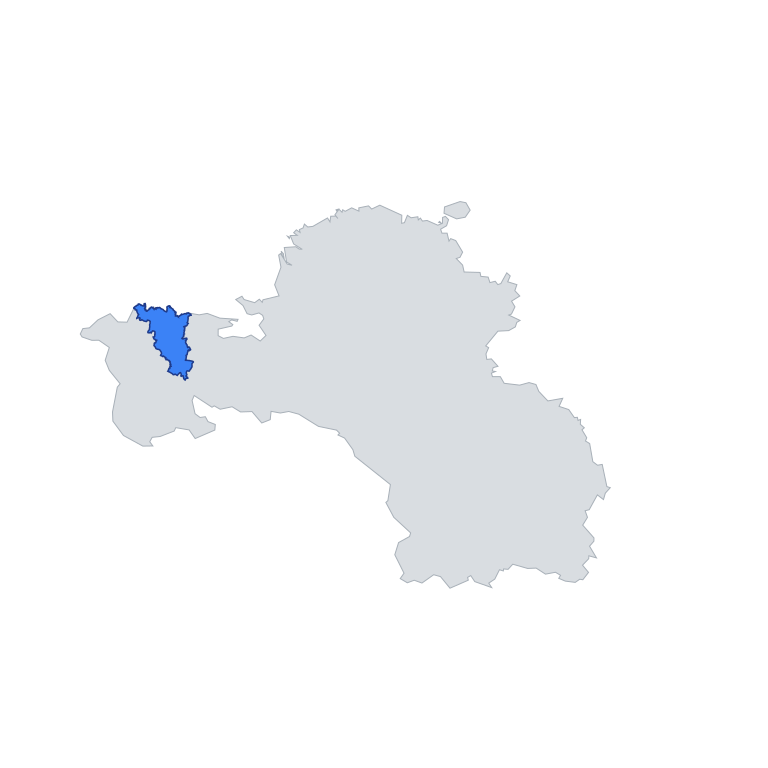 China, with Jilin highlighted, rotated 216°
{"feature_id": "CHN-1828", "entity_name": "Jilin", "entity_type": "Province", "adm_level": 1, "iso_a3": "CHN", "parent_name": "China", "parent_adm1": "", "projection": "robinson", "projection_center": [126.245, 43.576], "detail": "fine", "context": "in_parent", "style": "filled", "palette": "blue", "viewbox_px": 768, "rotation_deg": 216, "n_neighbors": 0, "source": "natural_earth", "source_scale": "10m", "svg_char_len": 9730}
<svg xmlns="http://www.w3.org/2000/svg" viewBox="0 0 768 768"><g transform="rotate(216 384 384)"><path d="M410.3,542.2L397.9,536.9L397.0,531.1L399.3,528.0L390.3,526.4L385.0,521.7L371.9,530.7L368.9,528.0L362.6,531.7L357.9,528.3L354.4,532.5L350.4,531.3L348.5,533.9L350.0,546.1L345.4,545.6L344.0,539.4L334.9,542.5L333.0,536.4L325.9,535.0L329.5,526.0L323.4,523.4L322.0,515.5L323.6,513.1L311.3,515.4L312.8,511.9L311.3,507.4L314.5,500.5L322.9,493.7L324.1,474.6L320.7,474.9L319.2,468.3L315.3,464.3L311.9,467.4L302.2,465.3L305.3,461.4L304.1,458.2L301.2,459.6L303.5,455.9L300.6,453.7L294.2,458.3L287.2,455.2L273.6,462.8L267.5,470.4L260.8,472.9L254.4,469.0L241.5,466.6L231.0,477.5L229.2,468.8L219.5,471.9L210.2,468.7L208.0,470.7L205.6,468.6L204.1,470.9L201.5,466.8L196.2,466.3L196.9,463.3L188.4,459.7L187.5,456.3L182.6,456.7L169.4,443.9L163.5,443.8L160.2,447.2L143.4,432.0L140.0,433.1L140.8,425.8L138.5,419.5L146.2,419.7L144.1,402.9L146.8,399.7L141.0,395.7L140.3,386.6L123.7,382.9L121.8,380.2L122.4,373.6L109.9,368.2L117.3,365.4L115.7,363.0L116.9,354.1L107.8,351.8L108.1,342.5L110.9,341.1L112.7,335.9L121.5,331.1L128.4,329.5L128.7,333.0L134.6,332.5L141.6,325.1L152.7,324.5L159.4,319.2L173.9,313.9L174.7,307.0L178.5,304.7L177.6,302.9L181.4,301.6L179.7,291.3L182.2,284.5L177.2,282.6L194.4,277.5L201.2,280.0L202.7,276.7L200.5,274.8L210.6,257.6L225.1,261.4L231.7,258.9L236.3,245.3L244.2,243.0L248.3,236.9L256.5,236.1L256.6,242.7L274.9,252.2L279.0,264.3L273.7,275.6L274.9,279.2L297.7,281.9L312.9,289.3L312.3,291.9L319.7,306.4L365.1,308.4L370.6,312.6L384.1,317.1L391.3,315.7L391.0,318.1L395.3,318.8L412.1,311.2L435.2,309.5L444.9,305.8L450.8,299.6L459.3,295.5L455.1,288.3L460.0,280.6L474.6,284.1L483.6,277.1L493.5,276.3L501.7,267.3L508.5,266.5L509.5,264.1L530.8,263.1L529.6,257.9L519.4,248.9L513.1,248.8L509.3,252.5L504.3,250.1L496.7,252.1L493.8,247.3L504.7,228.9L514.7,232.3L526.8,226.3L526.1,222.6L534.3,209.9L540.2,204.6L539.6,199.6L534.6,198.0L542.6,192.0L564.5,189.2L581.5,194.6L587.2,201.8L597.9,224.7L597.6,229.1L614.3,233.6L623.5,239.3L627.7,252.1L640.4,251.8L646.1,247.6L655.9,244.6L659.1,245.9L660.2,251.8L655.3,256.3L653.1,267.8L646.9,279.9L635.8,277.8L628.2,283.0L631.0,299.2L629.5,304.4L623.8,306.3L624.7,308.5L619.0,303.4L617.3,309.4L610.4,313.9L602.6,314.5L604.8,318.7L603.6,321.1L590.7,317.5L584.1,326.4L574.2,331.3L568.5,337.2L555.5,340.8L540.1,350.5L539.6,348.4L544.9,346.3L546.2,343.2L541.2,343.2L541.2,341.4L550.4,330.9L546.6,325.6L540.7,326.5L534.2,333.8L524.2,339.1L520.3,345.5L509.4,346.0L508.0,353.9L519.6,358.1L519.5,366.0L522.5,368.2L526.9,368.0L531.6,362.1L536.1,360.4L544.2,364.6L553.6,365.2L550.5,371.5L546.8,370.1L536.4,373.8L534.7,379.3L530.5,378.5L531.4,381.0L520.7,393.6L530.8,400.0L536.0,417.9L545.0,426.4L544.4,428.7L532.8,424.1L528.2,426.0L534.6,425.5L544.9,435.8L536.0,443.2L531.8,443.3L529.3,444.9L539.4,444.2L547.1,449.0L541.6,453.3L546.0,453.3L545.5,457.2L541.0,457.3L543.2,459.2L541.2,462.7L542.4,466.6L538.0,466.2L534.2,469.7L527.3,485.1L523.0,483.4L525.7,488.4L521.7,491.5L518.6,490.8L523.2,492.1L523.1,498.9L518.9,498.3L519.8,500.7L516.9,500.9L513.7,507.5L505.9,509.1L507.9,511.7L501.2,519.0L496.8,518.3L492.5,526.2L468.8,531.0L464.2,524.4L462.3,526.5L464.2,534.2L459.8,534.4L454.9,539.2L452.7,536.9L452.1,539.6L448.7,538.4L445.3,541.6L433.8,544.1L431.2,548.4L434.5,553.2L432.8,555.7L428.4,554.9L426.4,548.8L429.2,542.5L425.8,540.1L421.6,543.1L415.4,537.8L415.5,540.8L410.3,542.2ZM435.8,557.4L439.1,562.8L429.7,576.3L424.3,578.8L416.5,575.3L416.3,566.7L422.3,560.3L435.8,557.4ZM545.3,431.0L542.0,430.3L539.2,427.5L541.6,428.0L545.3,431.0ZM549.0,446.8L546.6,447.4L546.1,446.0L549.0,446.8ZM525.2,496.7L523.8,498.5L524.1,496.2L525.2,496.7ZM432.4,547.8L434.8,546.9L434.6,548.2L432.4,547.8Z" fill="#d9dde1" stroke="#a8b0b8" stroke-width="1"/><path d="M631.0,298.2L631.2,298.4L631.2,299.2L631.0,299.6L630.9,300.4L630.3,301.1L630.5,301.8L630.4,302.0L629.5,303.0L629.5,303.4L629.8,304.3L629.5,304.5L629.1,304.5L628.8,305.0L627.6,305.0L626.8,304.8L626.5,305.3L625.7,305.2L625.2,305.4L623.6,306.3L623.4,306.7L623.6,306.9L624.5,306.9L625.1,307.5L625.2,308.1L624.7,308.5L624.6,307.8L624.5,307.6L624.1,307.9L624.2,308.1L624.0,308.3L623.8,308.2L623.8,307.8L623.5,307.7L622.9,307.2L622.3,306.5L622.1,306.2L622.2,304.8L622.1,304.4L621.2,304.4L620.8,304.2L621.1,303.8L621.0,303.5L619.9,303.8L619.3,303.2L619.1,303.2L618.8,303.4L619.1,303.6L618.6,303.8L618.6,304.1L617.8,306.1L617.8,306.6L618.1,306.9L617.9,307.1L618.0,307.2L617.7,307.4L617.9,307.7L617.6,307.9L617.6,309.1L617.4,309.5L616.4,309.4L616.3,309.8L616.1,309.9L616.0,310.2L615.9,310.3L615.0,309.5L614.5,309.6L614.1,309.4L614.2,309.7L614.1,309.8L614.0,309.7L613.8,310.1L613.2,310.2L613.2,310.8L612.8,310.8L613.1,311.1L612.7,311.7L613.0,311.8L612.2,312.7L611.9,312.8L611.7,312.7L611.7,312.9L611.4,313.2L610.8,313.4L610.6,314.0L610.3,314.1L608.6,313.8L608.5,314.0L607.6,314.0L607.2,314.3L606.7,314.4L605.4,314.1L604.5,314.0L602.5,314.4L602.3,314.7L602.6,315.9L603.0,316.1L603.6,317.5L604.4,318.1L604.9,318.9L604.8,319.4L603.9,320.9L603.5,321.2L603.2,321.2L603.3,321.0L603.1,321.0L602.8,321.1L602.6,321.0L602.7,320.7L602.3,320.8L602.2,320.2L602.0,320.4L601.7,320.2L601.1,320.3L600.9,320.6L600.5,320.5L599.2,320.4L599.0,320.6L598.2,320.3L598.1,320.0L597.9,320.0L597.5,319.9L597.1,320.0L596.6,319.9L596.0,319.9L595.6,319.8L595.8,319.7L595.7,319.5L595.4,319.6L595.1,319.4L594.8,319.7L594.6,319.5L594.4,319.6L594.2,319.4L594.4,319.1L594.8,318.9L594.1,318.6L593.7,318.3L593.6,317.9L593.9,317.9L593.6,317.3L593.0,317.0L592.7,316.9L592.6,316.5L592.2,316.7L592.0,317.1L591.5,317.3L591.3,317.7L590.8,317.3L590.3,317.3L590.8,317.6L590.2,318.0L589.8,318.0L589.3,318.6L589.4,319.2L588.7,320.6L588.9,321.5L588.6,321.6L588.7,321.3L588.2,321.5L587.0,323.1L586.7,323.7L585.3,324.5L585.5,324.7L585.1,325.1L585.2,325.3L584.9,325.4L584.6,326.0L584.1,326.2L584.0,326.3L584.3,326.3L584.3,326.5L583.6,326.7L583.2,326.5L582.6,326.8L582.1,326.6L581.9,326.8L581.5,326.9L581.4,326.5L580.6,326.5L580.4,326.3L581.4,325.3L581.7,324.6L581.7,324.1L582.1,323.8L581.9,323.4L581.9,322.8L581.1,322.2L580.9,321.6L580.3,320.8L579.4,318.9L579.3,317.9L578.6,318.0L578.0,317.9L578.2,317.1L577.8,316.3L578.0,315.3L577.9,314.9L578.5,314.5L578.6,314.0L579.4,313.2L579.6,312.7L578.8,312.4L578.1,312.5L577.8,311.8L577.8,311.1L576.9,310.6L576.9,310.4L577.1,310.2L577.2,309.9L576.2,308.9L576.1,307.9L575.7,307.6L575.4,307.1L574.9,307.1L575.1,306.4L575.0,305.8L574.8,305.5L574.2,305.4L574.1,304.9L574.3,302.2L574.2,302.0L573.2,302.2L572.6,302.8L572.4,303.4L572.0,303.8L570.7,305.0L570.4,304.7L569.8,304.6L569.8,304.3L570.3,303.9L569.9,303.7L569.7,303.3L570.1,302.4L569.1,301.7L569.0,301.0L568.8,300.8L568.3,300.5L567.8,300.5L567.3,300.0L566.6,300.0L564.5,298.2L564.2,298.1L563.8,298.7L563.7,299.3L562.9,299.3L562.6,299.0L562.0,298.9L561.6,298.5L560.8,298.3L560.6,297.9L560.7,297.5L561.3,297.0L561.3,296.5L562.0,296.8L562.2,296.5L562.3,295.8L561.8,295.0L561.3,293.5L560.7,292.4L560.5,291.9L560.6,291.6L560.9,291.3L560.9,290.7L560.7,290.4L559.9,290.0L559.3,288.4L558.8,288.0L558.8,286.9L558.6,286.5L558.1,286.7L557.3,287.4L556.1,288.0L555.3,288.6L554.5,288.8L554.1,289.1L552.2,289.9L551.7,290.0L551.3,289.9L551.1,289.6L551.3,288.3L551.3,287.5L549.7,285.5L549.3,284.5L549.4,283.7L549.1,282.9L549.3,282.0L549.1,280.3L549.1,280.0L549.4,279.7L550.3,279.4L551.0,278.9L551.1,278.4L550.9,277.8L550.9,277.4L550.2,276.4L549.3,276.0L548.9,275.6L548.8,275.1L549.0,274.4L548.6,273.9L548.1,273.7L547.0,274.0L546.2,273.5L546.1,273.3L546.8,272.8L547.5,271.6L547.6,271.0L547.2,270.5L547.2,270.3L547.4,270.3L548.2,270.3L549.3,270.7L549.7,271.2L551.0,272.1L551.3,272.5L551.8,272.2L552.4,271.5L552.6,271.0L552.8,271.0L553.3,271.5L553.6,272.5L554.8,273.4L555.3,273.6L556.0,272.8L555.9,272.0L556.2,271.4L556.2,270.8L556.3,269.4L558.8,269.2L559.3,268.2L560.0,267.6L561.1,267.9L564.7,267.6L565.6,267.3L566.0,267.5L566.4,267.3L566.5,268.0L566.4,268.4L566.7,268.7L566.9,269.8L567.1,270.1L566.7,270.4L566.8,270.5L566.6,270.7L566.5,271.1L567.3,271.8L567.1,272.3L567.3,272.5L566.8,273.0L567.4,273.2L567.2,273.4L567.6,273.6L567.8,274.0L568.2,274.1L567.9,274.4L568.0,274.6L568.7,274.4L568.7,274.7L569.0,274.9L569.1,275.3L569.8,275.4L569.9,275.6L569.8,275.9L570.0,276.3L570.7,276.3L570.9,276.4L571.1,276.7L571.5,276.8L571.9,276.3L572.2,276.5L573.0,276.4L573.4,276.2L573.5,276.4L574.3,276.5L574.4,276.4L574.4,276.1L574.6,275.6L575.1,275.9L575.8,276.0L575.9,276.4L576.2,276.8L576.2,277.1L577.5,276.8L578.0,277.0L578.3,276.8L578.8,277.0L579.0,276.9L579.3,276.1L580.1,276.2L580.9,275.8L581.6,275.8L581.8,276.8L581.7,277.5L581.9,277.9L582.6,278.6L583.5,279.1L585.6,279.8L586.4,279.6L587.9,278.9L589.2,278.6L589.7,278.8L590.2,279.2L590.9,279.4L591.3,279.7L592.1,279.7L592.7,279.9L593.0,280.7L593.4,281.2L593.8,282.0L593.7,282.5L593.1,282.8L592.9,283.2L593.4,284.3L593.5,285.7L593.6,285.9L593.9,285.8L594.3,285.2L594.6,285.1L594.9,285.2L595.1,285.5L595.3,285.6L596.4,285.2L598.0,286.0L598.3,286.4L597.6,286.6L597.7,287.2L597.5,287.8L598.6,289.3L598.5,289.9L599.1,290.4L599.4,290.5L599.7,291.4L600.0,291.6L600.6,291.7L602.3,291.1L602.5,290.7L602.4,289.6L602.5,289.1L602.4,288.4L603.2,288.6L603.3,288.4L603.8,287.5L604.8,286.9L605.2,286.8L605.7,287.4L605.8,287.9L605.9,288.5L605.8,289.9L605.9,290.6L606.6,291.3L606.8,292.0L607.6,293.3L608.2,293.8L608.6,294.5L608.8,295.5L609.3,296.1L609.9,297.2L610.5,297.2L610.9,297.4L612.9,296.7L613.0,296.5L612.8,296.0L612.8,295.1L613.1,294.7L614.1,294.4L615.1,293.9L617.7,293.7L617.9,293.4L618.0,292.7L618.9,292.1L619.7,292.5L620.0,293.9L620.7,294.0L621.2,293.3L622.1,292.8L622.6,291.8L622.8,292.1L622.7,293.1L623.0,293.8L623.1,294.6L623.5,295.1L623.3,295.9L625.3,296.6L626.9,297.7L627.4,298.5L627.9,298.4L628.7,297.7L629.1,297.8L629.8,298.6L631.0,298.2Z" fill="#3b82f6" stroke="#1e3a8a" stroke-width="1.5"/></g></svg>